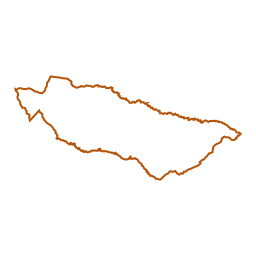 outline of Metarica, Niassa, Mozambique
{"feature_id": "85939544B27352268742856", "entity_name": "Metarica", "entity_type": "district", "adm_level": 2, "iso_a3": "MOZ", "parent_name": "Mozambique", "parent_adm1": "Niassa", "projection": "mercator", "projection_center": [37.03, -14.331], "detail": "fine", "context": "isolated", "style": "outline", "palette": "amber", "viewbox_px": 256, "rotation_deg": 0, "n_neighbors": 0, "source": "geoboundaries", "source_scale": "gbopen_adm2", "svg_char_len": 5853}
<svg xmlns="http://www.w3.org/2000/svg" viewBox="0 0 256 256"><path d="M159.6,179.6L160.3,179.6L161.0,179.1L165.3,174.8L168.0,173.5L169.9,171.3L170.8,171.2L171.6,171.7L173.1,171.8L175.3,171.0L176.8,173.1L178.8,174.6L179.2,174.6L179.8,174.3L180.7,173.5L181.3,173.3L182.9,173.7L183.4,173.2L183.8,171.7L184.9,171.7L185.6,171.4L186.2,171.3L186.9,170.4L188.9,169.3L190.4,169.0L192.6,167.8L197.8,165.7L200.5,163.6L200.3,162.7L199.7,162.1L199.9,161.8L201.1,161.1L202.1,160.0L203.7,159.5L204.3,159.0L205.3,157.4L207.0,156.3L207.7,154.9L208.7,154.2L209.1,153.3L210.5,153.2L211.9,152.3L212.5,152.2L212.6,150.7L213.2,148.6L213.0,148.0L213.1,147.3L215.0,145.1L216.6,144.0L219.1,143.0L220.9,141.9L221.1,140.8L221.6,140.2L221.7,138.7L222.0,138.1L222.8,137.9L223.4,137.1L224.4,136.6L225.4,137.2L227.4,137.2L229.2,137.6L230.3,138.5L231.1,139.5L231.9,139.9L233.6,140.1L234.5,139.7L235.2,139.0L236.3,138.6L236.5,138.4L236.3,137.6L237.8,136.3L237.8,135.6L238.3,135.4L239.1,135.5L240.6,133.9L239.9,133.5L239.4,132.7L238.5,132.5L237.8,132.7L236.6,132.4L234.7,129.7L233.9,129.4L233.1,129.7L232.5,128.9L231.6,128.7L231.3,129.0L230.0,128.5L229.7,127.4L228.3,126.8L227.0,125.2L226.5,125.1L226.0,124.5L224.6,124.2L224.0,123.4L223.3,123.2L222.6,123.3L221.9,122.3L219.9,122.1L218.8,121.4L218.1,121.9L216.4,120.8L215.8,120.8L215.5,121.1L215.3,120.9L214.5,121.0L214.0,120.8L213.3,121.0L212.9,120.8L211.3,121.1L210.1,120.9L208.3,122.0L206.2,120.5L204.9,120.6L204.5,121.0L203.4,121.4L203.3,121.7L202.9,121.8L202.1,122.8L200.8,122.4L201.3,121.4L200.6,120.4L200.1,120.8L199.7,120.6L199.6,120.9L198.2,120.8L197.9,120.5L198.2,119.8L198.0,119.4L195.8,119.5L194.7,118.5L194.1,118.9L193.7,120.0L193.4,119.9L193.0,118.9L192.6,118.8L191.2,119.0L189.2,120.1L188.6,120.1L188.3,119.7L188.7,119.0L188.3,118.4L188.3,117.8L185.1,118.4L184.0,118.3L183.7,118.2L183.8,117.2L183.1,117.0L181.8,117.3L180.8,116.3L180.2,116.9L179.0,116.6L178.2,115.7L177.8,114.8L176.4,115.0L175.8,114.6L175.4,113.8L174.0,114.4L173.4,115.0L172.2,113.8L171.1,113.5L170.8,112.9L170.1,112.6L169.1,112.9L168.2,112.8L167.5,113.8L167.1,114.0L166.7,113.7L164.5,113.2L163.3,114.0L161.8,113.2L159.9,113.3L159.4,112.0L159.4,111.4L159.7,111.0L159.5,110.7L159.1,110.6L158.8,110.8L157.7,110.8L155.7,109.1L154.6,109.8L153.7,109.6L152.8,108.6L152.6,107.7L152.0,107.7L151.4,108.1L150.8,107.9L149.8,105.9L149.0,105.7L148.5,106.2L147.9,106.0L147.6,105.0L146.1,104.1L146.2,103.6L146.7,103.2L144.5,103.5L144.0,103.0L143.7,102.2L142.5,102.2L140.9,102.6L140.6,102.3L140.7,101.3L139.2,100.1L138.5,100.3L137.9,100.8L137.2,100.7L136.1,102.0L135.1,102.7L134.7,102.7L134.3,102.0L133.2,101.7L132.7,101.8L132.4,102.4L131.6,102.9L129.5,102.7L129.1,101.5L128.3,101.1L127.5,100.1L126.0,99.6L126.0,98.5L124.6,98.9L123.7,98.9L122.8,98.0L121.9,98.5L120.5,97.9L119.9,97.1L119.8,96.1L118.8,96.0L118.3,95.2L118.3,94.6L118.6,94.6L118.9,93.8L118.4,93.9L117.8,93.7L117.1,93.1L117.1,92.8L117.6,92.7L117.5,92.4L113.9,92.4L113.4,91.9L113.3,91.4L112.8,91.3L113.0,91.0L112.3,89.7L112.0,89.6L112.1,89.3L111.9,89.1L112.3,88.7L112.1,88.3L112.4,88.0L111.5,87.3L110.3,87.4L109.0,88.2L108.1,88.0L106.9,88.1L105.7,87.7L105.2,86.7L104.8,86.5L104.1,86.5L103.4,86.9L102.4,86.7L102.0,87.0L101.1,86.7L100.7,86.3L99.3,86.2L98.6,86.5L98.2,85.4L97.5,85.1L96.7,85.5L95.2,85.5L93.9,86.7L92.4,86.8L91.9,86.8L90.8,85.9L88.3,85.9L86.6,85.4L85.5,86.1L84.3,86.6L82.2,86.5L81.3,86.1L80.8,86.1L80.1,86.8L76.9,87.7L75.0,87.2L73.3,86.0L72.6,85.9L72.1,84.8L71.3,83.8L71.5,82.0L71.1,81.2L69.3,80.3L68.3,79.2L67.4,78.7L62.3,78.2L60.6,77.7L51.5,76.6L51.3,76.4L50.5,76.6L48.6,81.0L47.1,82.7L46.7,86.4L45.6,87.8L45.1,90.0L44.2,91.5L42.1,93.2L38.7,92.7L37.2,91.8L35.1,91.5L31.2,89.0L29.4,88.4L28.0,88.4L26.3,89.1L25.2,89.1L22.6,88.8L19.9,88.1L17.9,88.7L16.6,89.7L16.0,89.7L15.4,89.2L15.4,89.5L16.1,91.2L16.9,91.7L18.0,93.5L18.0,95.4L17.5,96.2L17.6,98.5L18.3,99.7L19.3,100.6L20.0,102.0L20.5,104.7L21.3,105.8L22.3,107.8L23.4,107.6L25.1,108.1L25.8,110.3L26.7,111.3L26.5,112.7L26.7,113.4L27.3,113.9L28.7,114.2L29.6,115.3L29.7,115.7L29.1,116.9L29.9,120.6L39.1,110.5L39.8,112.1L40.6,112.9L42.2,113.8L42.4,117.3L43.7,118.4L44.1,119.9L46.9,123.0L47.6,123.2L48.9,124.3L50.8,125.3L52.0,126.9L52.7,127.4L53.2,128.5L54.2,130.0L55.4,130.8L55.7,132.0L55.4,132.7L56.3,133.7L57.5,135.8L57.2,137.2L56.5,138.2L56.6,138.7L57.4,138.9L58.9,138.5L60.0,139.2L60.9,140.2L61.7,140.0L62.6,140.4L63.4,140.3L64.7,141.3L65.6,141.1L67.5,143.1L69.2,144.3L69.6,144.3L69.8,143.7L70.6,143.0L71.6,143.3L71.8,144.0L71.6,144.4L72.4,144.7L72.9,144.6L73.6,143.5L74.6,143.7L75.0,144.1L74.7,145.3L74.9,146.1L75.4,146.7L75.9,146.8L76.3,147.8L77.2,148.0L77.7,148.6L78.2,148.3L79.2,148.2L78.9,149.2L79.7,149.4L80.1,149.8L80.9,150.1L81.0,150.6L81.3,151.0L82.3,150.6L83.0,150.7L83.1,151.5L83.5,152.0L84.3,151.9L85.0,151.2L86.1,151.3L86.6,152.3L88.0,152.2L89.2,151.7L90.3,151.8L91.7,150.4L92.4,150.7L94.1,150.7L95.0,150.4L96.5,150.8L97.8,150.7L98.0,150.6L97.9,149.9L98.3,149.3L98.9,149.1L99.1,149.3L99.7,149.3L99.7,148.9L100.0,148.8L100.2,149.3L99.8,150.3L100.1,150.8L100.6,150.8L100.7,150.5L102.0,150.8L102.6,151.4L103.2,151.2L104.3,151.4L104.7,151.1L106.5,151.3L107.2,151.7L108.1,151.6L108.9,152.3L109.8,152.1L111.5,152.8L112.4,152.6L113.8,153.7L115.4,152.7L116.0,153.3L115.6,153.8L115.8,154.2L117.3,154.3L117.8,155.1L119.7,155.9L119.8,156.4L120.7,156.9L121.4,158.0L124.0,159.2L125.9,159.5L128.4,159.1L130.4,156.5L130.7,156.9L130.8,157.6L130.1,158.4L130.3,158.7L133.3,158.8L134.0,158.3L134.9,158.1L135.3,158.8L136.8,159.1L137.3,159.4L137.8,160.0L138.1,160.9L139.9,162.9L141.7,164.1L142.0,165.7L142.2,166.1L142.8,166.1L143.4,166.7L143.9,168.1L144.6,168.9L146.2,169.7L146.4,170.8L147.0,170.9L146.9,171.5L146.6,171.9L147.4,172.4L148.4,172.6L148.2,173.9L149.8,174.6L150.1,175.7L150.5,176.0L151.4,175.7L152.1,175.9L153.1,176.7L153.8,176.7L154.4,177.0L155.6,178.7L156.4,178.9L157.1,178.7L159.6,179.6Z" fill="none" stroke="#b45309" stroke-width="2"/></svg>